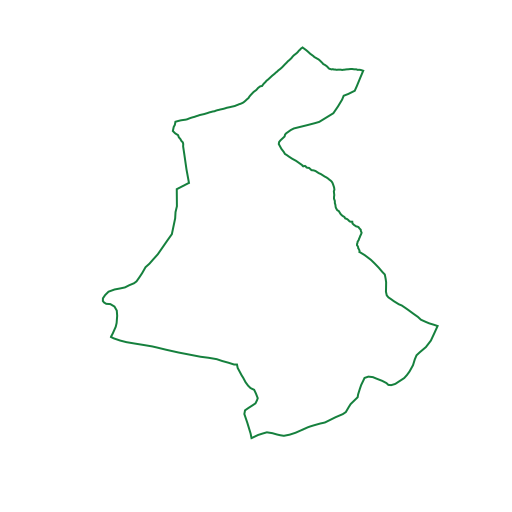 outline of Thies, Thiès, Senegal, rotated 70°
{"feature_id": "50182788B65872214095625", "entity_name": "Thies", "entity_type": "district", "adm_level": 2, "iso_a3": "SEN", "parent_name": "Senegal", "parent_adm1": "Thiès", "projection": "natural_earth1", "projection_center": [-16.945, 14.73], "detail": "fine", "context": "isolated", "style": "outline", "palette": "green", "viewbox_px": 512, "rotation_deg": 70, "n_neighbors": 0, "source": "geoboundaries", "source_scale": "gbopen_adm2", "svg_char_len": 5152}
<svg xmlns="http://www.w3.org/2000/svg" viewBox="0 0 512 512"><g transform="rotate(70 256 256)"><path d="M383.9,109.3L381.5,112.3L378.5,116.3L376.1,118.9L372.3,122.8L368.6,124.7L364.0,127.9L358.6,131.5L355.6,133.6L353.4,135.2L352.4,135.9L350.2,138.3L345.5,142.0L343.1,143.6L340.2,145.7L337.7,146.6L334.0,146.1L330.2,144.6L325.2,142.7L321.9,142.0L319.5,141.6L317.4,141.3L314.3,142.7L308.9,144.7L303.5,147.1L298.8,149.4L292.3,153.6L287.8,157.2L287.7,157.4L286.2,156.9L284.3,157.1L283.6,157.3L282.6,157.0L281.4,157.1L280.4,157.4L279.2,156.9L278.4,156.2L277.3,155.6L276.1,154.0L275.1,153.3L274.0,152.2L272.6,151.0L271.7,150.0L270.9,149.3L270.2,148.8L268.3,148.9L267.1,148.6L265.4,149.4L263.9,149.8L263.0,150.8L262.5,151.7L261.1,152.7L260.3,153.3L259.3,153.8L258.4,154.2L256.7,153.8L256.0,155.7L255.1,156.4L253.5,157.1L252.2,158.0L251.2,159.3L249.5,159.6L248.5,160.5L247.3,161.3L245.6,162.1L243.8,162.5L242.2,162.8L240.7,164.0L238.5,164.4L237.2,164.4L235.1,163.9L233.2,163.8L232.7,163.6L231.2,163.1L228.8,163.1L227.2,162.5L225.5,161.6L223.4,161.1L221.8,160.7L220.6,159.7L218.5,159.2L216.3,159.1L213.7,159.1L212.1,159.4L210.8,160.0L209.3,161.0L208.0,161.7L206.3,162.9L204.8,164.3L203.2,165.5L201.1,167.1L199.7,168.6L198.0,169.9L196.5,171.0L195.3,172.5L194.3,174.5L192.9,175.2L191.4,176.0L190.5,177.8L190.0,178.3L188.9,178.6L188.1,179.2L187.9,181.0L187.2,181.4L186.8,181.3L180.3,185.8L176.9,188.8L173.8,191.1L171.6,192.6L170.0,193.9L167.8,194.3L166.5,194.7L164.0,195.5L162.0,195.8L158.6,196.3L156.8,195.3L155.7,193.5L153.5,188.3L151.8,187.1L151.0,185.6L150.5,183.7L149.9,181.6L149.5,180.1L149.1,176.8L149.5,173.0L150.0,168.4L150.6,162.7L151.3,155.3L151.6,150.7L148.3,134.5L143.5,127.8L138.5,121.6L135.4,118.8L135.3,113.6L135.2,113.0L134.5,106.7L130.9,103.2L124.1,97.0L118.6,91.9L118.2,92.4L117.5,93.3L116.8,94.3L116.3,95.3L115.8,96.9L114.9,97.9L114.3,99.6L113.6,100.9L113.1,101.8L112.7,103.0L112.4,104.1L112.2,105.1L111.7,106.7L111.4,107.9L111.2,109.1L110.9,110.0L110.7,111.3L110.6,111.5L109.8,112.8L109.4,114.0L109.0,115.0L108.7,116.3L108.4,117.0L107.9,117.7L107.5,118.9L106.7,119.9L106.6,121.0L105.6,122.4L105.1,123.1L104.0,123.7L103.1,124.0L101.7,124.7L100.0,125.9L98.6,127.2L97.3,127.6L96.3,128.1L95.0,128.7L93.8,129.3L92.6,130.0L91.5,131.0L90.5,131.8L89.5,132.7L88.7,133.3L87.9,133.6L86.1,134.8L84.5,135.9L82.9,136.7L81.2,137.6L79.8,138.4L78.9,139.0L77.5,139.9L76.4,140.7L76.0,140.9L76.5,142.9L77.3,144.3L77.7,145.5L78.5,146.7L79.3,148.4L79.8,150.0L80.1,150.9L80.4,151.9L81.2,153.5L82.2,155.1L82.8,156.5L83.4,157.9L83.9,159.4L84.8,161.1L85.7,163.1L86.5,164.7L87.5,166.7L88.2,168.4L88.7,169.8L89.2,171.5L90.0,173.2L90.4,174.6L91.0,175.9L91.5,177.3L92.1,179.1L92.9,181.0L93.5,182.4L94.3,184.3L94.9,186.2L95.8,187.7L96.5,189.3L97.1,190.4L97.5,191.0L98.3,192.1L98.0,194.0L98.8,196.6L100.1,198.9L101.0,202.1L101.8,203.7L101.9,203.9L103.0,206.1L104.0,207.8L105.0,209.0L105.7,211.0L106.5,212.8L107.2,214.7L107.5,215.9L107.6,217.0L107.7,218.5L107.6,219.8L107.7,221.5L107.7,222.7L107.8,224.5L107.6,226.3L107.4,227.7L107.2,229.6L106.9,231.5L106.7,233.0L106.7,234.3L106.6,235.9L106.4,237.5L106.1,239.5L106.0,241.0L105.8,242.2L105.7,244.1L105.8,245.4L105.4,247.4L105.3,248.9L105.1,250.7L105.1,252.7L105.0,254.3L104.9,256.2L104.6,258.4L104.3,260.7L104.3,262.4L104.2,264.2L104.2,266.3L104.0,268.2L103.9,270.1L103.9,272.0L104.0,273.9L103.8,275.6L103.5,276.9L103.1,278.8L102.8,280.3L102.6,282.1L102.4,284.3L102.3,285.8L105.0,287.4L106.6,289.2L110.1,291.4L111.4,290.8L113.1,290.0L115.8,287.9L118.1,287.9L120.1,287.1L122.5,286.7L124.2,285.9L125.9,286.1L128.1,287.0L135.5,288.5L150.8,291.7L164.4,294.0L164.4,294.3L166.1,307.6L182.2,313.3L187.2,316.6L193.0,319.1L206.7,327.6L211.1,334.0L220.8,347.7L224.1,353.9L226.8,358.8L228.7,363.6L233.2,368.9L236.3,373.1L239.0,377.0L239.9,380.0L240.1,385.0L240.7,389.9L240.0,394.9L239.1,400.3L239.1,406.8L241.1,411.1L243.4,414.3L245.9,415.3L247.7,414.7L249.7,413.1L251.4,409.3L255.1,406.3L259.7,405.5L264.7,406.9L271.3,409.9L274.5,412.0L279.7,417.0L281.7,419.2L282.2,419.8L282.5,420.0L284.6,418.0L288.9,412.7L292.6,407.3L296.9,399.7L301.2,392.0L305.5,384.4L308.1,380.4L313.3,372.6L320.2,361.8L324.2,355.1L331.7,342.6L335.4,335.4L339.5,328.2L343.1,323.7L347.0,318.2L350.5,313.7L351.5,311.0L354.9,311.5L363.3,310.3L366.0,309.7L371.0,309.0L375.1,307.8L377.2,306.8L378.1,306.4L379.1,305.5L381.1,303.5L385.2,303.1L390.2,303.0L391.9,304.4L394.3,306.9L395.1,310.1L396.2,315.0L396.7,316.9L397.3,319.1L400.5,321.0L409.7,321.2L421.0,321.8L425.6,322.5L425.6,322.3L424.9,315.2L425.1,310.4L425.4,306.1L428.1,301.2L431.0,297.2L432.8,294.4L434.5,291.3L435.4,285.5L435.6,279.8L435.6,279.0L434.7,266.0L434.7,263.6L434.9,259.6L435.4,252.9L435.9,249.3L436.0,248.1L436.0,247.9L435.6,244.3L434.7,236.3L434.3,228.9L434.3,228.6L433.4,225.0L429.6,220.4L427.5,217.7L423.5,208.8L421.0,207.4L416.3,203.8L413.2,201.3L409.8,197.8L407.7,195.7L407.8,191.6L409.8,187.6L412.2,185.0L416.5,180.1L420.0,176.9L422.4,175.7L423.6,173.1L423.8,169.7L423.8,168.7L422.8,164.5L422.3,162.3L421.4,158.5L419.5,154.9L417.0,151.2L412.3,145.8L407.4,142.1L404.2,139.1L402.5,135.1L399.7,127.5L395.3,120.6L390.4,115.7L383.9,109.3Z" fill="none" stroke="#15803d" stroke-width="2"/></g></svg>